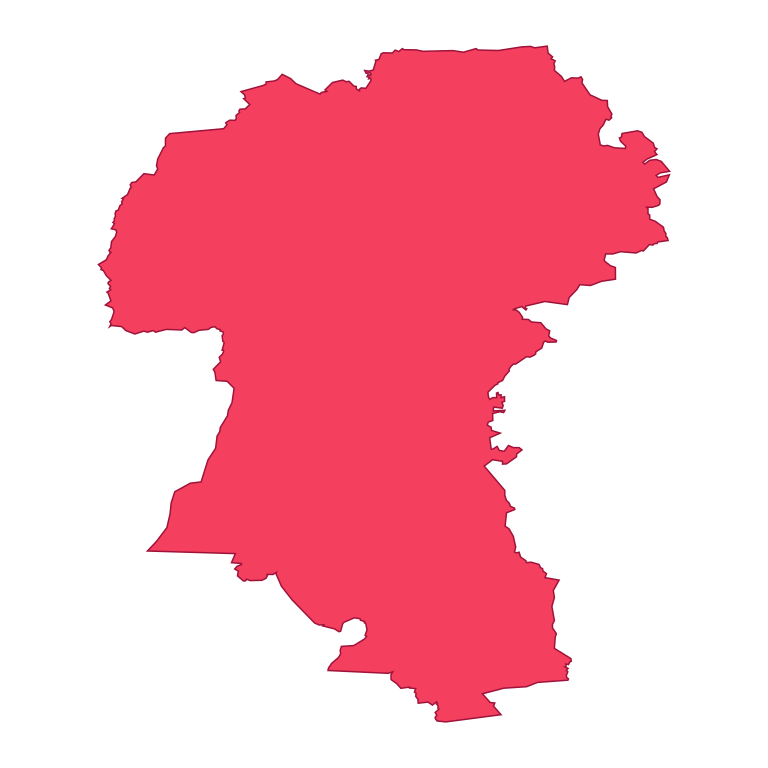 "Vestre Toten" nor, Oppland, Norway
{"feature_id": "86288312B46682555778915", "entity_name": "\"Vestre Toten\" nor", "entity_type": "district", "adm_level": 2, "iso_a3": "NOR", "parent_name": "Norway", "parent_adm1": "Oppland", "projection": "robinson", "projection_center": [10.584, 60.628], "detail": "fine", "context": "isolated", "style": "filled", "palette": "rose", "viewbox_px": 768, "rotation_deg": 0, "n_neighbors": 0, "source": "geoboundaries", "source_scale": "gbopen_adm2", "svg_char_len": 6055}
<svg xmlns="http://www.w3.org/2000/svg" viewBox="0 0 768 768"><path d="M157.7,169.0L154.2,175.0L143.9,173.7L135.8,181.9L131.7,182.5L130.2,184.9L131.3,187.6L130.2,188.2L127.5,194.6L122.0,198.4L123.4,198.9L121.6,201.9L122.2,203.8L119.9,205.7L118.2,210.2L116.0,210.9L115.1,213.5L115.5,216.3L114.2,218.6L114.3,221.1L112.9,222.4L114.5,223.7L111.3,228.8L115.8,229.8L116.7,232.2L115.4,236.5L111.5,241.6L110.8,247.9L109.0,250.3L109.8,252.1L111.0,252.3L108.1,255.8L106.4,259.7L98.4,264.5L101.5,267.8L100.9,269.6L103.3,270.4L106.2,275.5L111.0,280.4L108.4,282.1L108.0,283.6L110.6,286.4L109.4,288.5L110.7,289.8L106.9,292.1L108.2,293.2L110.9,300.9L105.4,305.0L112.7,307.9L114.1,311.7L111.5,319.5L109.8,321.7L111.1,323.8L109.7,326.6L111.4,325.5L121.7,326.6L125.9,330.6L134.9,334.0L143.9,331.1L147.3,332.2L153.3,330.6L155.5,332.2L166.3,329.4L181.8,330.0L184.8,327.6L191.2,332.4L193.8,332.7L199.1,330.3L208.2,329.4L211.3,327.3L215.3,326.8L216.6,328.6L220.1,329.6L220.0,330.9L222.9,331.8L223.5,333.8L222.1,335.7L222.8,341.2L224.2,342.6L222.1,350.2L223.6,350.3L223.6,351.3L222.5,354.1L219.2,357.3L220.6,361.8L213.3,369.3L214.9,372.2L216.1,380.5L227.2,381.3L234.1,388.3L232.0,402.7L228.3,410.3L227.5,415.7L220.3,427.5L219.7,431.8L217.1,436.0L215.6,448.3L208.0,459.9L201.1,481.9L190.3,483.2L174.8,491.7L171.2,502.8L170.0,514.2L166.9,527.6L156.5,541.4L147.4,551.0L235.3,553.6L231.5,562.7L241.5,563.5L241.4,564.6L237.0,566.3L234.7,569.0L238.3,571.0L237.5,575.9L243.5,581.0L245.7,580.8L246.4,579.2L250.3,580.6L261.9,580.3L266.0,578.3L267.5,575.4L267.1,574.4L272.8,574.5L276.4,572.5L276.0,573.7L281.4,586.2L292.1,599.9L314.6,623.0L319.2,625.0L323.7,624.7L322.7,625.9L334.6,628.9L338.9,631.7L340.6,631.3L342.8,623.5L344.0,622.3L354.3,617.8L360.0,618.7L360.5,620.3L364.7,621.5L364.3,622.7L365.8,623.6L367.0,629.9L365.1,635.4L366.6,636.4L364.5,639.0L353.6,645.6L341.4,646.4L340.2,650.2L340.6,654.0L338.4,657.6L331.6,663.4L328.4,668.2L328.0,670.5L388.0,673.3L392.7,671.9L391.0,674.4L391.1,679.6L396.8,683.7L400.9,688.3L409.6,687.1L409.5,688.0L415.7,688.6L414.4,692.1L416.1,693.4L415.7,696.3L417.9,699.3L418.2,703.2L428.0,702.1L432.4,705.1L436.6,701.9L437.4,703.2L436.5,704.1L438.1,705.7L437.9,708.1L438.9,709.1L435.2,712.5L436.9,715.5L435.2,717.1L435.4,718.8L437.1,721.0L445.8,721.9L501.0,714.7L493.5,706.1L494.8,703.0L490.2,702.5L482.4,693.8L503.7,688.2L526.6,686.7L537.6,682.4L567.9,680.2L568.5,679.0L566.4,677.0L566.4,675.3L567.8,671.8L566.4,670.5L568.1,668.4L565.0,667.0L566.1,666.6L565.8,664.0L568.5,664.6L569.6,662.2L571.3,661.2L570.9,658.6L554.4,648.4L555.2,637.2L556.4,633.7L552.6,628.1L552.4,624.5L554.4,620.6L551.9,606.5L554.4,597.5L553.3,590.5L559.1,580.1L545.0,577.6L546.5,573.6L543.0,571.1L542.6,568.7L540.5,567.6L539.0,564.4L531.1,562.2L526.5,562.6L525.8,560.7L520.6,557.1L519.1,552.2L516.3,552.9L514.5,551.9L515.7,547.0L513.3,536.3L509.0,528.8L505.1,526.2L506.5,512.8L514.8,509.5L514.5,508.1L510.5,506.4L509.2,503.1L506.4,500.3L504.8,495.4L504.8,490.4L484.2,466.1L492.6,459.7L502.6,461.4L502.5,464.1L506.5,463.9L516.5,456.8L516.7,454.0L522.0,449.9L519.1,447.6L513.3,447.6L508.5,445.5L504.2,451.3L499.3,450.4L497.1,446.4L492.7,449.2L491.2,449.0L489.7,437.8L500.2,433.1L491.6,430.5L491.0,427.1L487.4,425.3L488.2,422.1L492.8,420.5L492.6,413.5L500.0,411.7L503.6,412.6L504.9,410.3L493.2,410.9L493.7,407.1L502.3,408.2L503.2,405.6L501.9,402.2L504.6,401.4L504.5,396.7L500.9,397.7L501.2,394.9L498.7,395.0L498.0,392.5L496.5,393.1L496.7,397.6L492.8,397.6L490.0,399.3L488.6,397.5L487.9,392.3L494.8,385.4L497.9,383.8L497.7,382.8L502.6,380.4L504.8,376.1L509.4,370.8L508.9,369.4L510.7,366.7L513.4,364.0L515.6,364.1L526.5,356.7L530.1,357.1L534.1,355.2L535.7,353.9L535.8,351.9L541.8,348.0L543.7,342.1L545.2,341.1L548.0,342.2L556.1,342.0L556.5,340.5L550.6,338.0L548.7,335.9L549.7,330.8L546.0,328.9L540.8,322.7L531.5,322.0L528.5,319.5L522.2,319.2L522.6,317.3L519.2,312.3L516.2,310.0L513.4,309.7L514.3,308.8L521.8,306.6L525.9,310.0L526.7,308.7L525.1,308.4L525.9,306.0L544.9,301.5L567.4,304.6L569.2,297.5L576.8,289.6L579.8,284.7L590.5,285.5L601.5,281.3L615.5,279.2L615.4,267.5L610.4,265.7L604.9,261.4L604.2,260.0L605.7,253.9L612.6,254.0L620.6,251.7L636.1,253.0L641.5,250.5L643.4,251.0L649.5,244.5L652.7,245.1L654.5,243.6L657.1,243.5L657.7,242.0L668.1,240.5L667.3,237.6L665.8,236.4L665.9,233.5L664.1,230.8L663.5,227.3L655.2,221.2L649.8,219.3L649.7,215.0L648.0,213.7L648.0,208.7L646.6,207.2L652.3,207.3L658.7,205.3L659.9,203.8L660.0,199.7L657.1,196.6L653.6,188.8L666.4,182.0L669.4,174.8L657.8,177.4L656.1,175.5L660.2,172.9L669.6,171.3L661.3,161.4L656.2,159.5L649.7,160.3L644.6,164.1L643.0,162.2L647.3,158.9L657.0,154.6L654.5,151.7L657.0,148.8L654.7,147.6L653.2,143.1L644.5,136.6L641.8,132.2L637.5,130.8L622.0,133.5L621.5,137.0L619.4,138.0L620.6,141.3L625.8,146.2L625.3,148.4L614.5,147.8L607.5,145.4L603.9,146.0L600.3,144.9L598.3,134.2L599.9,128.8L603.3,124.9L605.9,119.2L609.0,120.2L611.7,117.7L610.9,116.6L611.9,114.1L607.6,106.6L607.3,100.5L601.8,100.3L590.0,94.8L581.9,82.8L582.6,79.5L581.0,76.8L578.2,78.1L571.4,77.8L564.5,81.4L561.4,76.4L554.4,70.4L554.7,66.6L553.8,63.9L555.2,60.8L551.0,58.8L552.6,56.9L548.1,53.1L547.2,46.1L534.7,47.8L530.5,46.4L521.7,46.9L498.4,50.5L477.9,50.0L476.1,48.6L463.4,52.2L453.0,50.6L422.7,51.3L416.3,49.9L404.0,49.7L402.3,48.6L398.9,51.5L395.1,50.1L392.4,53.0L383.2,52.8L381.2,53.8L378.9,59.5L375.4,60.2L375.8,61.5L373.2,70.1L369.0,71.1L364.7,70.5L366.1,73.3L369.9,72.7L371.1,74.1L370.5,75.2L368.0,74.6L367.0,76.7L369.4,77.2L368.7,78.8L370.7,78.3L371.0,80.5L365.9,88.3L361.2,87.9L359.5,89.2L359.5,90.8L356.4,89.0L356.2,86.4L353.9,86.1L349.1,81.3L346.1,81.7L342.7,80.1L332.5,82.5L325.0,89.9L326.9,91.4L321.4,92.4L320.0,94.1L296.0,83.7L290.6,78.6L282.2,74.3L277.5,79.6L274.1,81.0L266.2,81.9L265.9,84.2L263.1,85.5L241.0,91.6L244.6,94.8L245.4,98.1L243.7,98.7L249.8,104.5L245.2,108.9L239.9,109.2L238.9,110.9L239.6,112.4L236.0,115.5L236.3,118.5L235.2,120.3L229.8,120.2L226.3,122.3L225.7,122.9L227.0,124.7L223.7,128.7L169.7,133.6L165.5,138.2L165.4,146.1L163.4,147.7L157.7,159.1L156.5,165.8L157.7,169.0Z" fill="#f43f5e" stroke="#9f1239" stroke-width="1.5"/></svg>